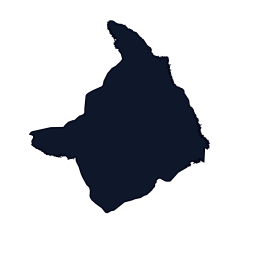 Pla Pak, Nakhon Phanom, Thailand, rotated 308°
{"feature_id": "78962969B9845696572141", "entity_name": "Pla Pak", "entity_type": "district", "adm_level": 2, "iso_a3": "THA", "parent_name": "Thailand", "parent_adm1": "Nakhon Phanom", "projection": "robinson", "projection_center": [104.578, 17.203], "detail": "fine", "context": "isolated", "style": "filled", "palette": "ink", "viewbox_px": 256, "rotation_deg": 308, "n_neighbors": 0, "source": "geoboundaries", "source_scale": "gbopen_adm2", "svg_char_len": 5860}
<svg xmlns="http://www.w3.org/2000/svg" viewBox="0 0 256 256"><g transform="rotate(308 128 128)"><path d="M57.2,80.2L58.6,81.8L58.7,83.4L59.6,83.8L60.8,85.9L60.8,86.6L61.3,86.6L61.0,87.3L61.6,87.6L61.6,88.4L62.1,88.4L61.9,89.3L62.4,89.4L62.2,89.8L62.8,91.2L63.4,90.9L63.6,91.6L63.8,90.9L65.0,91.4L65.5,91.2L65.3,92.1L65.7,92.1L65.4,92.4L65.8,93.7L66.2,93.6L67.0,94.7L67.6,94.9L67.5,95.4L68.2,95.6L67.7,99.4L67.2,99.8L67.6,99.9L67.4,100.4L68.6,100.6L68.9,101.7L70.3,102.5L70.4,103.5L71.2,103.2L71.4,103.7L72.0,103.6L73.1,104.5L73.3,105.1L71.0,106.9L69.9,108.4L67.5,113.4L63.3,119.5L61.3,123.3L58.2,130.6L57.9,133.9L57.0,135.6L55.3,137.3L51.2,140.1L50.1,141.7L49.4,143.8L49.0,149.4L49.3,156.6L48.0,162.2L48.7,163.7L52.6,165.4L54.7,167.3L67.6,170.4L73.2,174.7L76.6,176.8L81.2,180.6L84.7,181.8L87.2,183.5L94.1,184.7L94.7,184.4L98.2,184.7L100.7,183.0L101.9,183.4L102.3,182.9L102.7,183.2L104.3,182.1L107.4,182.8L108.6,184.3L109.5,189.9L110.4,191.6L112.3,193.7L124.0,194.5L133.5,198.3L134.1,197.3L134.9,197.9L135.2,199.1L136.6,199.4L136.7,199.9L137.5,199.6L137.4,199.1L138.7,198.1L138.4,197.8L139.1,197.4L139.1,197.8L139.8,197.7L140.1,198.2L141.6,198.8L141.6,199.2L142.2,200.1L142.2,200.8L143.1,200.7L143.0,201.4L142.5,201.5L142.6,202.0L142.1,202.0L142.6,202.3L142.8,203.2L143.4,202.7L143.1,203.5L143.6,204.0L144.7,204.5L145.5,204.5L145.3,205.0L145.5,205.2L146.2,204.7L145.9,204.1L146.9,204.3L146.5,203.3L147.9,203.4L148.3,204.0L147.5,204.8L148.0,205.7L147.8,206.3L148.6,206.7L147.8,207.5L148.1,208.4L158.0,201.4L158.8,200.2L160.4,201.3L160.5,203.3L161.4,203.3L161.8,202.5L162.3,202.7L162.1,202.9L162.4,203.4L163.2,202.3L163.6,202.5L163.8,201.1L164.0,201.5L164.3,200.9L165.2,201.1L164.6,200.0L165.7,200.6L165.8,200.1L166.0,200.4L166.5,200.0L166.4,199.2L166.9,198.9L166.4,198.6L166.8,198.3L166.4,198.0L166.8,197.4L166.5,197.0L167.1,196.7L166.8,196.1L167.1,195.8L166.6,195.4L167.1,195.2L166.6,194.8L167.2,194.5L166.9,194.2L167.2,194.1L167.3,193.4L166.9,192.6L168.2,191.8L167.7,191.1L167.2,191.1L167.4,190.6L166.8,190.7L167.2,190.2L167.1,189.2L167.6,189.5L167.7,189.0L168.1,189.1L168.2,188.7L168.7,188.7L168.8,188.1L168.2,188.1L168.1,187.7L169.4,187.3L168.9,186.3L169.2,185.7L169.8,185.9L169.6,185.2L170.6,185.8L170.9,184.8L171.4,184.8L171.3,185.4L171.8,185.3L171.9,184.3L172.9,185.0L173.1,184.4L172.6,184.0L173.2,183.1L172.9,182.5L174.0,182.8L173.8,182.6L174.5,181.7L174.7,180.6L174.1,180.4L175.1,179.1L175.0,178.7L175.7,179.0L176.6,178.3L176.8,178.5L176.9,177.8L177.1,178.2L177.9,177.6L177.6,176.9L177.8,176.7L177.4,176.4L177.9,176.1L177.9,175.3L178.3,175.0L177.9,174.1L178.6,174.1L179.0,173.3L179.4,173.4L179.3,172.9L179.7,172.9L180.1,171.0L180.9,170.3L181.2,169.1L182.1,168.5L182.3,167.5L182.6,167.5L183.0,165.8L182.8,164.0L183.2,163.0L183.8,161.8L186.5,159.2L187.3,157.9L189.9,150.3L191.1,149.6L191.9,148.4L192.0,146.1L191.6,145.7L191.2,143.0L190.2,140.7L191.0,138.8L190.5,137.3L191.0,137.0L190.9,136.3L191.7,135.5L191.4,134.9L191.8,134.2L192.2,134.9L192.7,133.5L193.2,133.7L194.0,131.4L194.7,131.2L194.4,130.7L195.1,130.4L195.0,129.5L195.7,129.3L195.7,128.0L196.5,127.8L196.4,127.3L196.8,127.3L197.0,126.9L197.1,127.4L197.4,126.8L197.6,127.2L197.9,127.0L198.0,126.7L197.5,126.3L197.7,125.3L198.5,125.3L198.7,124.9L199.4,125.3L199.2,124.6L200.4,123.4L200.2,122.7L200.9,123.2L201.2,122.7L201.4,123.0L201.1,123.2L201.6,123.0L201.7,121.7L202.3,121.8L201.8,121.4L201.8,121.0L202.7,120.9L202.7,120.3L203.1,119.8L202.8,119.5L203.6,119.4L203.8,118.4L204.6,118.4L205.0,118.8L205.9,117.9L206.1,118.6L206.3,117.1L206.9,117.2L208.0,115.8L207.8,114.9L207.1,115.0L206.7,113.7L205.7,113.4L206.0,112.9L205.5,112.7L205.1,111.1L203.6,111.8L203.3,111.1L202.8,110.9L203.1,110.3L202.7,110.4L202.9,110.0L202.4,109.6L202.7,108.5L202.2,108.7L202.3,108.4L202.0,108.3L202.2,107.7L201.7,107.7L201.7,106.9L201.3,106.9L201.5,106.4L201.3,105.8L201.0,105.9L201.2,104.9L200.5,103.6L200.8,103.3L200.7,102.6L201.6,100.9L201.4,100.6L201.8,99.5L202.7,98.3L203.8,98.3L203.8,97.5L204.3,97.2L204.7,96.3L204.4,96.0L204.6,95.7L204.5,92.2L206.8,85.5L206.3,83.9L206.9,83.2L206.8,80.9L208.0,76.0L207.3,73.7L206.7,72.6L207.3,71.4L206.9,70.2L207.1,69.5L206.1,68.9L206.1,68.0L206.4,67.9L205.3,66.7L205.6,66.4L205.4,66.1L206.0,65.6L205.8,65.3L206.2,65.0L205.9,64.6L206.3,64.4L206.3,63.9L205.8,63.7L206.6,62.6L206.1,62.4L206.3,61.7L205.4,61.1L205.7,60.1L205.2,59.7L205.3,58.7L204.6,58.6L203.9,56.5L202.8,56.1L202.9,55.6L203.4,55.8L203.1,54.2L202.6,53.7L202.9,53.4L202.9,52.9L202.6,53.0L203.0,51.9L202.8,50.5L201.8,48.6L200.4,47.6L199.9,48.1L199.6,47.9L199.1,48.2L198.8,47.6L198.5,48.3L197.5,48.2L197.3,49.1L196.9,48.6L195.5,49.9L195.7,50.5L195.0,50.4L194.7,50.9L194.0,51.1L193.9,51.5L194.7,51.4L194.3,51.9L194.5,52.7L195.2,52.2L195.6,52.5L195.0,53.2L194.3,52.9L193.8,53.3L193.5,54.2L193.1,54.4L193.5,55.1L192.6,55.1L192.5,55.6L192.0,55.7L192.4,56.6L191.8,57.1L192.6,57.3L192.6,57.7L192.9,57.8L192.4,58.6L191.6,58.3L192.3,59.1L191.6,59.1L191.4,60.0L190.8,59.6L190.8,60.4L191.4,60.6L191.2,60.7L191.3,61.3L190.8,61.2L190.5,61.6L191.3,61.8L191.4,62.2L190.3,62.7L191.5,63.6L191.0,64.9L190.1,65.9L189.0,65.0L188.7,65.1L188.6,64.5L188.0,65.3L188.1,65.9L186.6,65.1L186.5,65.7L186.1,65.5L185.7,65.8L186.1,66.3L185.6,67.2L184.6,67.6L184.8,68.4L184.3,68.7L184.6,69.3L183.8,69.5L185.0,71.4L185.0,72.6L183.6,73.1L182.5,77.2L179.1,81.6L175.5,81.7L169.2,80.7L165.2,79.0L158.4,78.7L150.3,80.4L146.8,82.2L144.8,82.4L135.9,77.7L131.1,75.6L128.7,75.1L127.6,75.4L116.9,82.2L113.5,84.8L111.7,85.0L109.6,84.2L107.2,82.6L100.7,81.5L99.7,80.2L95.9,77.8L92.0,77.1L88.7,77.1L80.5,67.0L65.8,54.9L64.3,54.4L62.8,54.6L63.8,57.0L63.8,58.5L62.2,59.9L58.5,60.5L57.0,62.4L55.8,62.6L55.7,65.7L56.0,66.3L55.7,68.1L56.5,69.6L56.4,70.7L57.1,71.4L56.8,71.8L57.3,72.2L57.0,72.7L57.5,73.9L57.0,74.1L57.0,74.6L57.5,76.1L57.2,77.0L57.6,77.2L57.2,77.4L57.3,78.1L57.0,78.3L57.6,79.4L57.2,80.2Z" fill="#0f172a" stroke="#020617" stroke-width="1.5"/></g></svg>